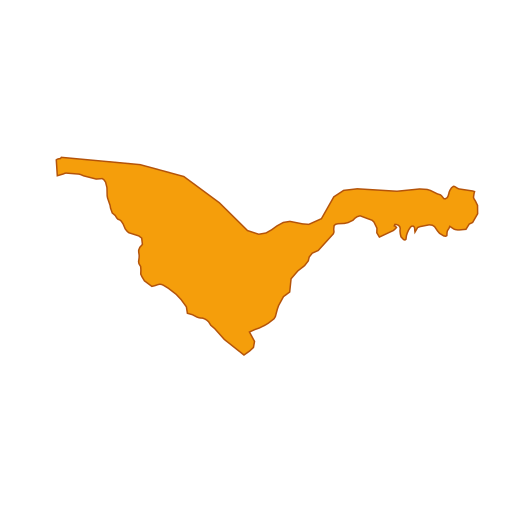 outline of Geylegphug, rotated 189°
{"feature_id": "BTN-2482", "entity_name": "Geylegphug", "entity_type": "District", "adm_level": 1, "iso_a3": "BTN", "parent_name": "Bhutan", "parent_adm1": "", "projection": "orthographic", "projection_center": [90.239, 26.953], "detail": "fine", "context": "isolated", "style": "filled", "palette": "amber", "viewbox_px": 512, "rotation_deg": 189, "n_neighbors": 0, "source": "natural_earth", "source_scale": "10m", "svg_char_len": 2629}
<svg xmlns="http://www.w3.org/2000/svg" viewBox="0 0 512 512"><g transform="rotate(189 256 256)"><path d="M86.4,345.7L83.6,345.3L82.3,344.6L79.5,342.1L78.1,342.0L76.3,343.5L75.6,345.5L75.4,347.3L75.2,348.2L75.3,349.0L74.7,351.3L73.6,353.9L71.9,355.7L70.7,355.7L67.3,354.3L66.0,354.0L52.1,354.1L50.2,353.8L50.2,353.7L50.4,352.2L50.4,348.1L49.8,346.8L47.8,344.5L45.1,340.6L43.7,332.4L47.3,323.0L50.4,320.9L52.8,315.2L59.1,313.6L60.8,313.3L63.2,313.3L64.6,313.5L69.2,315.6L69.8,313.3L70.3,312.3L70.9,310.8L71.0,309.2L70.7,306.0L71.7,305.2L73.7,305.2L78.3,307.1L80.6,309.1L84.2,312.9L86.6,314.0L89.8,313.9L98.8,310.6L100.8,309.4L102.7,304.5L103.3,306.6L103.5,307.6L103.8,308.7L104.4,309.5L105.4,310.1L106.7,309.9L107.9,308.8L109.3,305.7L110.2,302.4L110.6,299.6L110.5,296.0L111.4,295.1L112.8,295.3L115.8,297.6L116.9,300.3L117.7,303.3L117.9,305.9L118.7,307.6L120.4,308.7L122.3,309.1L123.8,308.9L124.1,307.4L123.4,307.3L122.5,306.8L121.7,306.1L123.0,304.2L124.3,302.7L137.1,294.0L140.3,297.8L140.9,302.4L144.8,308.0L147.0,309.5L151.7,310.4L159.5,312.0L162.3,310.6L164.2,308.8L165.8,306.5L170.3,303.4L173.8,302.0L180.1,300.7L182.3,299.8L183.6,298.3L183.5,295.6L183.4,294.5L183.2,293.6L182.9,292.7L182.8,291.5L183.1,290.0L195.4,271.2L200.9,267.6L203.3,263.3L203.6,259.4L206.5,254.1L212.3,247.9L217.8,239.0L217.1,225.7L222.5,220.2L225.9,210.7L226.6,206.9L227.4,199.2L228.4,196.8L233.3,191.6L236.0,189.3L241.5,185.4L245.6,183.2L250.6,179.9L244.1,171.4L244.2,165.3L247.4,161.2L252.4,156.3L274.2,168.6L285.4,177.8L289.8,180.5L292.5,183.6L294.5,184.9L296.1,185.6L297.6,186.0L299.1,186.3L300.6,186.1L302.6,186.1L304.6,186.4L309.7,188.1L314.8,188.7L316.8,194.9L323.1,201.2L328.9,205.7L337.7,210.5L342.8,212.6L344.7,213.1L346.6,213.1L348.4,212.4L351.2,210.9L354.1,209.7L362.3,214.0L365.4,217.7L367.0,220.1L367.5,224.2L368.3,227.6L370.4,230.1L371.1,232.1L371.2,236.2L371.5,238.5L372.5,241.6L372.8,243.4L372.1,246.4L370.0,249.7L371.7,255.8L374.9,257.5L385.3,259.1L387.1,260.2L389.4,262.3L392.3,266.9L394.6,269.4L396.1,270.3L398.1,270.7L399.5,271.8L401.4,274.0L404.7,276.0L407.2,280.6L408.0,283.1L411.7,290.1L412.4,292.1L413.9,300.2L416.1,305.4L418.1,307.5L420.0,308.4L425.9,307.0L438.7,308.2L441.9,309.0L443.7,309.2L456.5,308.2L457.7,307.8L458.9,307.0L464.8,304.2L468.3,319.7L467.4,320.5L466.5,321.0L464.4,321.7L463.7,323.0L384.7,328.1L339.7,323.2L300.6,302.9L268.4,279.8L256.7,277.9L249.7,280.3L244.7,284.3L240.0,289.0L234.3,293.4L227.9,295.5L215.1,295.0L208.8,295.5L197.2,303.1L188.4,326.6L179.7,334.5L166.5,338.2L126.9,342.0L104.9,347.8L97.4,348.5L93.9,348.0L86.8,345.8L86.4,345.7Z" fill="#f59e0b" stroke="#b45309" stroke-width="1.5"/></g></svg>